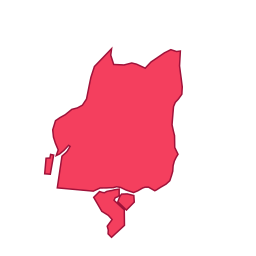 Gwangyang-si, South Jeolla, South Korea, rotated 43°
{"feature_id": "91817680B99071511370380", "entity_name": "Gwangyang-si", "entity_type": "district", "adm_level": 2, "iso_a3": "KOR", "parent_name": "South Korea", "parent_adm1": "South Jeolla", "projection": "mercator", "projection_center": [127.68, 35.032], "detail": "fine", "context": "isolated", "style": "filled", "palette": "rose", "viewbox_px": 256, "rotation_deg": 43, "n_neighbors": 0, "source": "geoboundaries", "source_scale": "gbopen_adm2", "svg_char_len": 1456}
<svg xmlns="http://www.w3.org/2000/svg" viewBox="0 0 256 256"><g transform="rotate(43 128 128)"><path d="M61.9,81.2L61.5,105.9L66.3,116.2L70.0,122.3L77.9,135.1L79.1,142.4L77.3,147.8L74.2,152.7L73.0,161.2L71.2,166.7L70.0,172.1L74.2,180.7L79.7,185.5L85.2,188.6L91.9,191.6L94.3,197.1L95.7,193.6L96.4,188.1L96.4,181.2L98.2,180.9L99.4,186.4L99.4,188.6L98.9,193.6L117.1,220.0L145.7,197.8L148.5,190.9L153.0,186.6L155.4,184.1L157.9,181.7L159.7,178.7L163.4,176.4L168.9,174.7L176.1,171.4L177.9,167.5L179.6,162.0L180.8,159.7L183.3,157.3L190.4,155.6L191.0,154.0L192.2,149.3L194.1,143.1L194.5,138.0L192.2,133.0L190.2,129.1L186.7,124.8L184.4,120.5L183.2,116.6L182.5,113.1L175.5,110.4L167.3,101.9L163.0,99.1L158.0,95.6L153.7,90.2L146.7,81.3L145.1,77.0L145.1,72.3L144.3,66.5L139.7,61.0L134.2,56.4L130.3,53.2L123.3,47.4L113.8,36.0L111.3,39.0L105.9,41.5L103.4,48.2L99.8,64.0L99.8,72.5L90.7,75.5L86.4,77.9L82.1,84.6L74.2,91.3L65.7,86.5L61.9,81.2ZM166.2,187.6L167.1,185.9L167.6,183.4L163.2,178.7L160.4,182.2L158.7,184.9L157.7,186.1L155.7,188.9L154.9,191.4L153.2,192.6L150.5,193.9L150.2,202.1L165.7,206.8L173.1,205.3L178.8,205.8L179.8,214.0L183.1,216.0L185.6,219.0L190.5,219.2L191.8,201.6L181.1,190.4L170.4,190.4L167.1,190.4L166.2,187.6ZM183.1,177.9L178.3,173.4L172.4,176.7L168.4,180.7L168.6,183.4L170.9,188.9L182.8,189.1L183.1,177.9ZM98.3,218.3L102.7,214.8L92.1,198.5L89.4,200.1L91.4,203.2L88.7,206.0L98.3,218.3Z" fill="#f43f5e" stroke="#9f1239" stroke-width="1.5"/></g></svg>